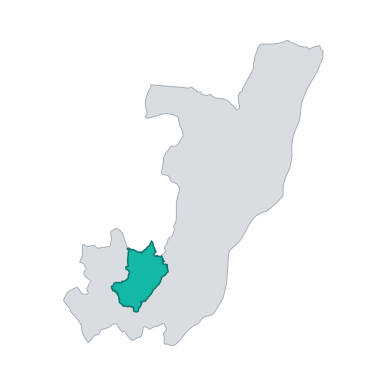 Lékoumou on a map of Republic of the Congo (Natural Earth projection), rotated 5°
{"feature_id": "COG-3344", "entity_name": "Lékoumou", "entity_type": "Region", "adm_level": 1, "iso_a3": "COG", "parent_name": "Republic of the Congo", "parent_adm1": "", "projection": "natural_earth1", "projection_center": [13.496, -3.075], "detail": "fine", "context": "in_parent", "style": "filled", "palette": "teal", "viewbox_px": 384, "rotation_deg": 5, "n_neighbors": 0, "source": "natural_earth", "source_scale": "10m", "svg_char_len": 9117}
<svg xmlns="http://www.w3.org/2000/svg" viewBox="0 0 384 384"><g transform="rotate(5 192 192)"><path d="M73.4,311.4L75.3,305.7L76.7,303.1L78.4,301.3L85.3,296.8L86.3,297.0L91.0,302.8L92.5,303.2L94.2,303.1L96.2,303.3L97.2,302.2L97.3,300.7L95.9,299.0L95.7,297.3L96.7,295.3L97.2,293.2L98.7,290.6L98.9,289.5L97.3,288.2L94.1,286.2L91.9,284.3L91.1,282.4L91.7,280.1L93.5,278.2L93.3,277.2L91.8,275.5L90.7,273.6L89.5,272.5L86.3,271.8L86.9,269.3L88.1,265.7L88.4,263.0L87.5,255.7L87.6,254.4L88.4,253.7L90.4,254.5L92.3,255.6L97.5,254.0L99.4,253.8L100.9,255.2L103.0,256.3L115.1,253.2L115.3,250.1L116.0,247.3L116.1,245.2L115.6,243.9L115.0,242.9L114.6,240.8L114.6,238.5L115.8,237.5L119.6,234.8L120.8,234.9L123.5,236.4L126.1,238.6L128.3,243.5L129.9,247.6L132.3,252.6L137.6,254.7L143.9,256.0L147.3,255.6L152.2,251.4L154.9,248.0L155.8,246.2L157.4,247.1L159.2,251.5L160.4,253.2L160.7,254.9L159.9,256.9L160.7,258.2L164.1,259.1L167.0,258.3L168.4,256.5L170.6,254.1L170.6,252.2L169.4,250.9L169.4,249.1L170.7,247.7L171.9,244.0L172.2,241.2L173.4,239.4L175.6,238.2L176.4,237.1L177.7,230.6L177.0,228.2L177.0,226.2L178.4,223.7L178.7,219.6L177.3,203.5L179.5,190.5L179.3,188.9L177.7,186.9L175.8,185.0L170.8,183.5L169.0,181.1L167.5,178.6L166.5,177.8L161.0,176.8L159.8,175.3L160.3,171.2L160.8,165.1L160.6,160.9L161.6,157.5L162.7,154.9L165.1,152.2L166.3,149.0L167.0,148.2L171.6,147.7L173.2,146.3L174.5,145.0L175.1,143.2L176.6,140.2L178.0,138.1L178.2,136.8L177.9,134.8L176.5,131.1L174.9,127.9L173.9,126.8L171.9,119.4L170.0,117.7L166.4,116.7L159.6,115.9L155.4,117.2L149.2,119.7L141.3,122.4L139.4,122.1L138.6,121.0L139.8,120.0L140.4,117.8L139.6,114.6L138.4,111.6L137.7,107.5L138.0,102.3L139.2,97.5L141.7,91.2L141.9,88.7L157.1,88.8L173.3,88.7L179.6,88.9L182.6,87.3L185.4,89.8L186.8,90.3L187.3,90.1L188.4,91.8L192.0,91.6L192.5,92.1L192.8,94.1L196.1,94.1L197.8,94.6L199.1,94.5L201.0,93.3L202.4,93.7L204.9,95.3L206.7,96.6L209.1,96.2L214.9,96.4L219.4,97.7L223.8,101.3L226.8,103.4L229.5,106.5L230.5,105.9L231.9,104.7L231.9,102.1L230.4,97.6L229.8,93.8L230.1,90.7L231.3,88.4L233.2,87.1L233.4,84.7L242.4,64.1L242.1,61.7L242.3,58.2L242.8,54.3L242.7,51.9L243.3,50.3L245.6,41.0L246.9,39.4L248.9,38.3L251.8,38.3L259.3,37.6L266.3,36.0L268.7,35.3L273.1,32.9L274.8,32.8L276.2,33.7L284.7,36.5L287.1,37.7L287.9,37.5L289.2,37.7L291.2,37.8L293.2,37.4L294.4,37.8L296.0,39.6L297.0,39.4L298.4,38.1L300.9,36.7L305.9,35.1L306.7,35.8L308.4,39.3L310.2,40.4L310.6,46.8L306.4,60.7L297.6,79.4L293.2,94.1L293.2,104.9L292.8,111.6L291.3,115.8L287.9,126.9L287.3,136.5L288.6,148.2L287.4,159.3L283.8,169.8L282.2,178.0L283.1,188.0L276.5,196.3L268.1,204.5L262.7,206.9L258.5,209.6L255.5,212.8L252.3,218.3L247.3,230.1L244.7,235.3L241.3,239.7L236.3,245.1L234.4,247.7L233.7,251.4L234.0,258.2L234.5,278.9L232.2,294.8L227.2,305.9L223.5,312.0L219.8,313.9L214.9,315.6L212.5,317.7L211.1,320.7L208.4,323.4L204.4,325.7L199.3,331.3L193.1,340.3L188.9,345.4L186.6,346.7L184.3,346.9L181.9,345.8L179.9,345.6L178.9,346.1L177.2,344.9L177.3,342.8L177.0,339.4L175.8,335.9L178.5,330.9L178.3,329.8L177.0,328.0L175.6,325.4L174.3,325.6L171.4,327.6L168.5,329.1L165.7,329.7L162.4,332.2L160.5,332.2L159.5,331.2L157.2,330.3L156.0,330.6L155.3,331.1L154.7,337.1L154.3,339.7L153.5,340.9L150.1,342.2L147.7,343.9L145.7,345.1L144.5,344.8L139.6,340.3L136.9,336.6L135.4,336.5L134.9,337.7L134.1,337.1L131.7,334.6L128.8,330.7L127.8,330.1L126.2,330.2L123.7,331.6L121.3,333.9L116.8,336.0L113.1,337.1L112.8,338.5L111.9,341.0L110.7,342.5L107.4,343.0L106.3,345.1L103.4,349.3L101.6,351.2L101.1,350.4L99.9,349.4L97.6,346.2L95.3,342.1L94.7,340.3L94.0,339.2L93.9,335.2L90.5,330.3L81.8,321.8L80.8,319.2L73.4,311.4Z" fill="#d9dde1" stroke="#a8b0b8" stroke-width="1"/><path d="M156.1,244.7L156.6,245.0L157.0,245.5L157.4,246.2L157.7,247.0L157.9,248.5L158.7,250.2L159.1,250.9L159.6,251.5L159.8,251.9L160.0,252.9L160.2,253.2L160.5,253.4L160.9,253.6L161.3,254.3L161.2,254.6L160.8,254.8L160.3,255.9L159.7,256.3L159.4,256.6L159.4,258.1L159.9,258.8L160.6,259.0L161.4,259.1L162.1,258.9L162.6,258.5L162.9,258.4L163.2,258.4L163.5,258.6L163.6,259.3L163.8,259.5L164.0,259.5L165.5,259.0L166.0,259.0L166.5,259.3L166.8,259.5L167.1,259.4L167.3,259.1L167.4,258.7L167.8,259.2L168.1,260.2L169.0,261.2L169.1,261.5L169.0,261.8L168.9,261.9L168.8,262.0L168.4,262.1L168.2,262.3L168.3,262.6L168.4,262.8L168.9,263.2L169.1,263.3L169.3,263.3L169.4,263.2L169.6,263.0L169.9,263.0L170.2,263.3L170.3,263.5L170.2,263.8L169.9,264.0L169.5,264.3L169.1,264.8L168.7,265.2L168.5,265.4L168.6,265.6L168.7,265.9L168.9,266.1L169.2,266.2L169.7,266.2L169.9,266.2L170.2,266.3L170.5,266.6L170.8,266.6L171.1,266.6L171.6,266.3L171.9,266.2L172.1,266.2L172.4,266.4L172.7,266.6L173.0,266.6L173.3,266.5L173.7,266.6L173.8,266.9L173.8,267.1L173.7,267.4L173.3,268.3L173.2,268.6L173.2,269.0L173.3,269.2L173.7,268.7L173.9,268.7L173.9,268.9L174.0,269.5L175.0,272.7L175.1,273.2L175.1,273.6L174.9,273.8L174.7,274.0L174.2,274.3L174.0,274.5L173.8,274.7L173.7,274.9L173.7,275.3L173.6,275.5L173.4,275.8L173.0,276.1L172.8,276.3L172.7,276.6L172.5,277.1L170.2,278.7L169.6,279.2L169.5,279.5L169.4,279.7L168.9,281.9L168.4,283.2L168.3,283.6L168.3,284.0L168.3,284.3L168.2,284.6L167.9,284.8L167.7,285.0L167.5,285.7L167.3,286.0L167.2,286.2L167.0,286.3L166.9,286.4L166.9,286.6L167.0,286.7L167.0,286.9L166.9,287.1L166.4,287.3L166.1,287.5L165.9,287.8L165.7,288.5L165.1,288.9L165.0,289.1L164.8,289.3L164.6,289.8L164.5,290.0L163.3,291.5L163.2,291.6L162.5,292.1L161.9,292.8L161.7,293.0L161.7,293.3L161.7,293.7L161.5,294.2L161.3,294.6L161.0,295.4L160.7,295.7L160.4,296.1L160.4,296.3L160.4,296.7L160.4,297.0L160.2,297.3L159.8,297.5L158.6,299.4L158.1,299.9L157.9,299.9L157.6,300.0L157.4,300.2L157.3,300.4L157.2,300.5L157.2,300.9L157.2,301.1L157.2,301.3L157.2,301.6L157.0,302.1L156.9,302.3L156.5,302.6L156.2,302.7L155.8,303.1L155.5,303.3L155.4,303.6L155.3,303.8L155.3,304.3L155.3,304.6L155.2,304.8L154.9,304.7L154.5,304.8L154.4,304.8L153.9,304.6L153.7,304.6L153.4,304.6L153.2,304.7L153.1,304.8L153.1,305.2L153.0,305.4L152.4,305.7L152.2,305.8L151.9,305.8L151.7,305.7L151.3,305.7L150.9,305.8L150.7,305.8L150.6,306.0L150.6,306.7L150.7,306.9L150.8,307.0L151.0,307.0L151.3,307.0L151.2,307.5L151.3,307.8L151.6,307.9L151.6,308.0L151.5,308.3L151.3,308.7L151.0,309.1L150.7,309.4L150.6,309.7L150.6,309.9L150.6,310.2L150.5,310.6L150.3,311.0L149.5,312.0L149.2,312.4L149.1,312.7L149.1,313.0L149.1,313.5L149.1,313.8L148.8,315.2L148.7,315.5L148.4,315.8L148.0,316.0L147.5,316.2L147.0,316.3L146.6,316.3L145.6,316.1L145.1,316.1L144.9,316.0L144.7,315.9L144.5,315.6L144.3,315.4L143.8,313.6L143.8,313.3L143.8,313.1L143.9,312.8L144.0,312.5L143.9,312.2L143.7,312.0L143.6,311.8L143.4,311.7L143.2,311.9L142.4,311.7L141.6,311.9L141.3,311.9L141.1,311.7L140.4,311.2L140.0,311.2L139.5,311.2L138.1,311.8L137.7,311.9L137.0,311.5L136.7,311.5L134.8,311.7L134.2,311.8L133.9,311.8L133.6,311.8L133.3,311.6L133.2,311.4L133.1,311.2L133.0,310.9L132.8,310.9L132.6,310.8L132.5,310.7L132.3,310.6L132.3,310.3L132.1,310.1L131.9,309.9L131.2,309.6L130.9,309.4L130.4,309.2L129.4,308.3L129.1,307.5L129.1,306.1L128.8,305.9L128.6,305.7L128.8,305.5L128.9,305.3L129.1,304.6L128.7,304.5L128.5,304.1L128.0,302.4L127.9,302.2L127.6,301.8L127.5,301.7L127.5,301.3L127.4,301.1L126.9,300.9L126.7,300.8L126.6,300.3L126.7,299.8L126.6,299.5L126.1,299.3L126.5,299.1L126.1,298.4L125.6,298.2L124.4,298.3L123.7,297.9L123.9,297.0L123.1,296.8L122.9,296.9L122.2,297.2L121.8,297.3L121.7,297.1L121.7,295.9L121.3,295.8L121.0,295.8L120.9,295.4L120.8,295.0L120.7,294.8L120.5,294.6L120.2,294.6L120.2,294.3L120.4,293.8L120.0,293.4L120.1,293.0L120.2,292.9L120.3,292.8L120.5,292.7L121.2,292.7L121.4,292.7L121.5,292.6L121.6,292.4L121.8,291.8L122.1,290.2L122.3,289.9L122.4,289.7L122.5,289.6L123.0,289.3L123.5,288.9L123.9,288.8L124.1,288.7L124.5,288.7L125.4,288.9L125.6,288.9L125.8,288.9L126.0,288.8L126.5,288.5L127.0,288.4L127.3,288.4L127.5,288.5L127.9,288.8L128.0,288.9L128.3,288.8L128.6,288.7L129.0,288.4L129.2,288.2L129.4,288.2L129.6,288.5L129.8,288.6L130.0,288.6L130.1,288.4L130.2,288.2L130.1,287.2L130.3,286.9L130.5,286.9L130.9,287.1L131.2,287.1L131.4,287.0L132.1,286.7L132.3,286.6L132.6,286.6L133.1,286.3L133.4,285.9L133.7,285.6L134.5,285.1L135.6,283.8L135.9,283.3L136.0,282.9L135.9,280.7L136.3,279.1L136.7,277.8L136.7,277.7L136.7,277.4L136.6,277.1L136.4,276.8L136.2,276.5L134.8,275.2L134.5,275.1L134.1,275.0L133.4,274.8L133.2,274.7L133.0,274.2L132.9,273.6L132.6,273.2L132.6,272.7L132.8,272.4L133.2,272.2L133.5,272.0L133.9,271.6L134.1,271.4L134.6,271.4L134.9,271.2L135.0,271.0L135.0,270.8L134.3,269.0L134.2,268.4L133.8,263.3L133.9,257.0L134.2,255.3L134.2,255.0L134.1,254.7L133.9,254.6L133.7,254.6L133.2,254.8L132.8,254.8L132.6,254.6L132.4,254.3L133.0,253.7L133.4,253.5L134.2,253.7L136.2,254.8L136.9,255.0L137.2,254.9L137.8,254.5L138.2,254.4L138.5,254.5L144.0,256.9L144.6,256.9L145.2,256.8L145.9,256.9L146.1,256.9L146.5,256.7L146.7,256.8L147.0,257.2L147.1,257.3L147.5,257.1L147.6,256.8L147.7,256.4L147.9,256.1L148.2,255.7L149.2,254.9L149.5,254.6L149.9,253.9L150.3,253.6L150.6,253.4L151.4,253.1L151.7,252.9L151.8,252.5L151.9,251.8L152.1,251.4L154.6,248.7L154.8,248.3L154.9,247.9L155.0,247.2L155.1,246.8L155.4,246.0L156.1,244.9L156.1,244.7Z" fill="#14b8a6" stroke="#0f766e" stroke-width="1.5"/></g></svg>